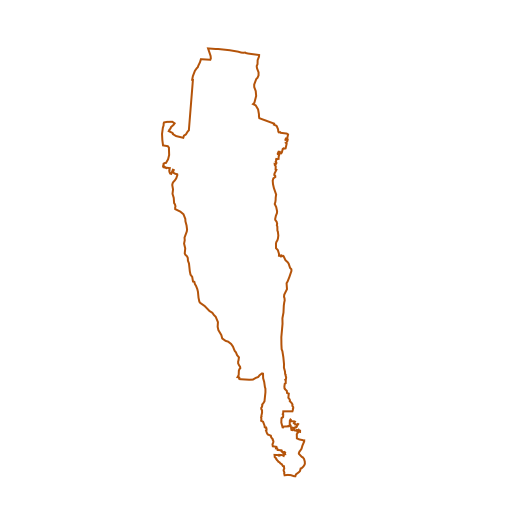 Colonesti, Bacau, Romania (Albers equal-area conic projection), rotated 210°
{"feature_id": "2599482B76470777389020", "entity_name": "Colonesti", "entity_type": "district", "adm_level": 2, "iso_a3": "ROU", "parent_name": "Romania", "parent_adm1": "Bacau", "projection": "albers", "projection_center": [27.253, 46.606], "detail": "fine", "context": "isolated", "style": "outline", "palette": "amber", "viewbox_px": 512, "rotation_deg": 210, "n_neighbors": 0, "source": "geoboundaries", "source_scale": "gbopen_adm2", "svg_char_len": 6097}
<svg xmlns="http://www.w3.org/2000/svg" viewBox="0 0 512 512"><g transform="rotate(210 256 256)"><path d="M353.8,431.6L364.0,427.4L366.2,426.7L367.0,426.8L368.7,425.6L370.5,424.8L373.7,424.0L381.8,421.0L392.4,416.3L394.2,415.2L401.3,411.8L395.3,406.5L393.9,404.5L393.7,403.1L402.1,398.9L401.4,395.8L401.1,391.8L400.8,390.4L401.2,389.0L401.5,385.9L400.6,380.2L399.4,376.7L398.7,377.0L377.0,331.3L377.4,329.6L377.5,326.2L378.6,324.2L378.1,322.0L385.2,319.9L388.9,320.0L389.2,320.6L390.3,320.8L394.0,320.5L394.0,320.9L393.8,320.9L393.9,321.8L394.1,321.9L393.8,323.8L394.1,325.0L393.0,328.3L392.8,330.2L395.6,330.4L400.2,327.6L402.4,325.7L402.3,324.8L401.3,322.8L400.8,320.5L398.4,314.7L395.1,309.6L391.8,305.3L387.3,307.0L385.6,306.3L381.7,300.0L380.5,295.8L380.5,291.6L381.5,290.9L382.2,289.8L382.0,289.1L381.4,288.6L381.5,287.5L381.2,287.0L380.5,286.6L380.1,286.7L379.6,287.5L379.3,287.5L379.2,287.0L377.6,287.3L377.6,287.7L374.6,289.0L374.0,287.0L373.8,287.0L373.2,285.7L371.6,284.5L370.5,284.7L371.1,289.2L370.2,289.3L370.0,287.6L369.1,286.8L367.1,286.8L365.1,287.4L364.6,286.8L363.9,283.3L364.1,280.9L364.6,278.8L364.6,277.4L364.1,275.7L361.1,272.1L359.4,268.1L356.3,265.2L353.4,260.9L352.0,260.2L350.6,258.8L350.2,257.4L349.4,256.2L343.7,256.6L339.7,255.9L335.8,252.8L334.4,250.7L331.4,247.7L328.9,244.4L328.2,242.6L327.1,236.2L325.6,234.0L324.5,230.8L321.1,227.2L319.0,222.6L317.9,221.8L315.5,221.2L314.1,220.2L312.6,217.9L310.3,216.0L305.7,209.7L303.4,207.1L300.8,206.0L297.8,202.4L296.5,202.8L294.8,201.1L293.1,200.2L290.3,198.0L288.4,196.0L284.9,191.1L282.2,188.1L280.9,187.5L275.4,187.0L268.8,185.1L265.4,185.0L263.1,183.9L260.5,183.2L255.9,179.7L253.8,175.5L251.5,173.0L246.5,170.2L244.0,167.7L239.9,167.3L237.3,167.9L233.6,167.4L230.6,166.0L228.1,164.0L226.7,163.0L225.3,162.6L222.7,160.6L220.1,159.7L218.9,156.7L218.8,155.9L217.8,154.1L215.9,152.8L214.5,152.2L213.5,151.0L213.8,149.7L213.5,148.1L211.5,144.3L211.4,141.9L210.2,142.5L209.7,142.4L209.3,141.3L208.3,141.3L199.9,145.5L196.9,147.4L195.2,150.4L193.6,152.3L193.3,154.5L192.1,157.3L191.1,157.6L188.7,153.7L186.0,151.1L182.7,146.9L181.5,145.8L179.7,142.7L176.0,134.4L176.1,131.9L176.4,130.5L175.7,129.5L175.7,128.9L175.4,128.4L175.5,127.0L174.7,125.9L173.7,125.5L172.4,123.3L171.4,120.2L170.9,119.7L171.0,118.9L169.8,117.5L169.2,115.9L167.0,116.0L163.6,113.2L163.0,112.2L161.9,112.0L161.5,112.5L160.9,112.1L159.9,110.7L160.0,110.4L159.8,110.0L160.0,109.8L158.0,108.1L156.6,107.3L153.3,107.8L152.1,106.5L149.8,105.7L149.7,105.2L148.3,104.3L147.8,103.0L147.6,101.2L146.3,99.6L143.0,100.9L142.5,99.4L141.4,100.0L140.3,98.8L136.7,100.5L136.0,100.0L136.1,99.6L134.3,99.1L134.3,99.8L133.5,100.5L132.5,100.4L132.3,99.4L131.7,98.9L132.4,98.4L132.1,96.7L133.7,96.7L136.2,95.5L135.8,94.9L136.3,94.5L137.4,94.6L140.5,93.0L139.2,91.2L137.4,90.8L137.1,90.3L136.4,90.2L136.0,89.8L134.4,89.4L133.8,89.0L132.5,89.1L130.9,88.5L129.7,88.6L127.6,87.5L126.7,87.9L125.2,85.9L125.2,84.9L124.8,84.0L123.2,82.7L122.9,81.8L121.6,80.4L119.2,82.2L116.4,83.6L113.0,84.3L111.8,84.9L112.2,86.8L110.7,90.4L110.4,91.8L111.1,94.3L110.4,95.0L109.7,97.4L109.6,99.5L109.8,100.5L111.0,102.4L113.0,104.3L115.0,105.1L115.8,104.9L119.9,106.1L120.3,106.6L120.6,108.5L120.4,109.1L120.2,111.8L121.0,115.0L121.5,119.4L122.0,120.3L122.5,119.8L123.2,120.0L126.8,118.8L129.4,118.5L131.6,122.1L131.4,124.0L132.1,124.3L132.1,124.9L129.9,125.7L130.5,126.8L131.5,126.6L132.2,126.9L132.4,126.2L133.8,125.7L134.0,124.8L135.2,124.3L136.1,124.7L137.0,124.3L137.1,123.5L138.3,123.1L139.3,124.2L139.8,125.3L137.9,125.8L137.6,125.5L136.4,126.5L136.4,127.4L135.6,127.7L135.4,128.1L135.4,128.8L135.6,129.0L135.4,131.5L135.8,131.5L136.5,130.4L137.8,129.7L138.2,130.1L139.5,130.1L139.4,132.0L140.0,132.0L143.1,130.4L143.5,130.3L143.9,131.5L144.4,131.6L144.4,130.4L142.7,127.2L141.2,126.5L140.9,125.5L142.2,125.7L143.1,124.9L143.0,124.5L146.8,122.1L146.8,121.1L147.3,120.9L150.8,124.4L152.8,128.2L152.8,128.7L152.5,128.8L152.0,130.0L153.1,132.2L153.8,132.4L153.8,133.2L154.7,135.1L146.8,139.7L147.2,141.5L147.7,142.2L147.7,143.0L148.3,143.8L149.6,144.4L150.2,145.7L151.9,146.6L154.2,147.2L154.5,148.1L155.5,148.8L157.1,149.4L158.8,153.2L160.6,152.9L161.9,154.6L164.5,155.2L164.7,155.6L165.2,155.7L166.2,157.2L167.2,159.7L166.7,160.7L168.0,163.1L168.8,163.4L168.5,164.4L169.3,166.1L170.6,167.2L170.8,167.9L171.8,168.4L173.1,170.4L176.0,173.3L177.7,176.4L181.7,182.0L185.5,186.7L187.2,188.1L189.7,192.0L193.5,198.4L199.1,210.5L202.0,215.3L203.9,220.7L207.2,227.1L208.4,230.1L208.9,231.8L210.2,233.7L211.3,234.6L212.2,236.6L212.6,242.8L215.9,247.7L215.9,249.8L216.6,254.5L217.8,260.6L218.3,261.6L218.9,262.3L220.5,262.7L223.9,265.7L225.3,266.4L228.4,267.1L232.0,269.6L232.5,269.7L234.2,268.0L234.7,268.0L234.8,268.9L236.3,267.8L237.1,269.3L240.0,272.0L242.6,272.8L245.0,276.9L245.4,278.5L245.3,280.1L245.7,282.0L246.9,284.9L249.3,288.1L250.1,288.6L252.2,292.1L253.4,293.1L253.8,294.5L255.3,296.0L257.4,296.9L257.9,297.6L258.9,300.8L259.3,303.6L260.1,305.3L263.0,308.5L265.8,310.4L266.2,312.3L267.0,314.3L268.1,316.3L269.3,319.3L274.5,323.8L277.2,326.7L279.2,329.6L279.8,331.9L278.8,334.1L279.5,335.1L280.7,335.3L281.2,336.7L281.4,340.8L282.3,340.7L283.8,343.6L285.1,344.1L285.8,345.0L285.1,345.2L285.1,345.7L284.7,345.9L284.8,346.8L285.4,347.3L286.1,347.4L286.2,348.7L287.0,349.9L287.0,350.2L286.1,350.5L285.0,351.4L286.0,353.2L286.5,355.3L288.0,355.1L288.4,355.6L288.6,357.6L287.5,358.1L287.0,357.0L285.5,357.5L285.4,358.6L286.3,361.9L286.1,362.0L286.0,363.0L284.9,363.3L284.2,364.0L285.6,368.6L286.7,368.9L286.4,369.5L286.3,371.1L286.8,372.8L287.7,373.4L287.7,372.1L288.5,371.3L288.8,371.7L288.8,372.7L288.3,372.7L288.0,374.1L289.0,377.3L290.6,377.4L296.3,375.0L297.1,375.3L297.9,374.5L298.8,374.8L300.3,376.8L302.8,378.7L303.4,379.0L306.2,378.7L306.5,379.7L322.0,377.0L323.1,378.2L324.3,380.2L327.5,384.0L331.6,386.3L334.5,386.1L334.0,387.8L335.9,394.7L338.7,398.7L342.0,401.4L343.3,403.6L344.2,409.0L344.2,409.8L343.8,411.0L344.1,413.7L345.6,416.3L348.9,419.0L350.0,420.3L350.4,421.0L350.6,422.9L352.5,426.4L353.1,430.2L353.8,431.6Z" fill="none" stroke="#b45309" stroke-width="2"/></g></svg>